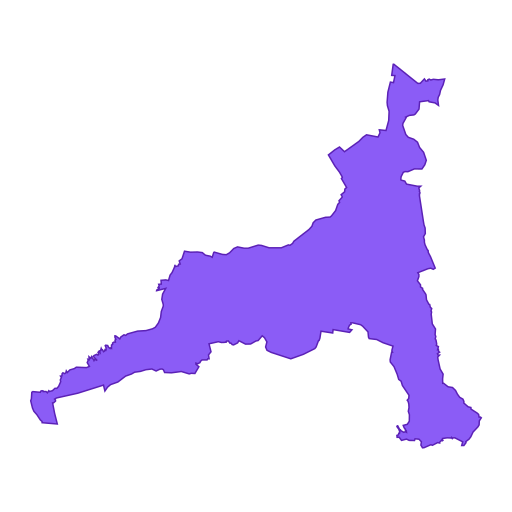 Casin, Bacau, Romania (Mercator projection)
{"feature_id": "2599482B1841621601229", "entity_name": "Casin", "entity_type": "district", "adm_level": 2, "iso_a3": "ROU", "parent_name": "Romania", "parent_adm1": "Bacau", "projection": "mercator", "projection_center": [26.717, 46.195], "detail": "fine", "context": "isolated", "style": "filled", "palette": "violet", "viewbox_px": 512, "rotation_deg": 0, "n_neighbors": 0, "source": "geoboundaries", "source_scale": "gbopen_adm2", "svg_char_len": 6039}
<svg xmlns="http://www.w3.org/2000/svg" viewBox="0 0 512 512"><path d="M481.3,417.8L480.5,417.1L479.1,417.1L478.6,414.4L477.2,413.1L471.0,409.1L470.9,407.5L468.1,406.8L463.8,403.0L463.9,401.4L462.9,399.1L459.7,397.3L457.4,394.1L455.5,390.4L452.5,387.5L448.1,386.8L443.5,383.2L442.7,383.3L442.6,378.9L443.1,374.1L440.1,369.0L438.0,359.4L437.7,357.0L439.5,355.1L438.0,355.0L437.4,353.7L439.6,352.2L438.6,351.3L438.4,349.5L437.6,349.7L438.4,346.6L436.3,345.5L436.7,344.0L436.0,340.1L435.2,338.8L435.8,336.6L435.1,334.6L435.5,329.0L432.3,323.9L431.2,314.2L431.6,312.0L431.0,311.0L431.7,308.5L430.3,307.2L429.7,304.5L428.9,304.3L426.5,299.8L426.0,294.8L425.5,293.8L422.6,289.5L422.6,288.3L420.5,286.9L420.5,284.8L417.4,280.8L418.9,276.6L418.9,274.4L417.8,272.7L428.0,268.7L430.7,268.2L433.3,269.3L435.2,268.1L430.5,256.7L428.3,252.5L428.1,250.4L427.4,249.9L425.0,244.7L424.4,242.2L424.4,240.1L423.5,236.8L425.3,233.6L425.1,228.0L424.0,224.9L423.4,221.4L419.4,195.5L419.6,194.9L419.3,194.0L419.9,193.3L419.9,192.3L419.4,191.6L419.6,190.5L418.8,187.9L420.7,186.2L417.3,186.2L406.5,184.1L404.8,181.1L401.1,180.1L400.8,179.3L401.1,176.7L403.3,172.3L405.0,171.6L407.9,171.7L414.4,168.9L421.9,169.0L424.8,164.8L426.3,160.3L423.6,152.3L419.6,147.5L417.5,142.2L413.7,139.2L408.3,137.3L405.8,134.5L402.7,125.5L402.9,123.5L406.2,117.5L405.7,117.1L409.3,115.4L413.9,114.9L415.3,114.0L419.0,109.1L419.6,101.8L428.5,100.6L429.1,101.8L435.0,102.9L438.5,105.4L437.8,99.9L438.2,97.3L439.6,94.5L440.5,90.4L443.1,84.8L444.7,79.0L438.4,79.8L433.3,79.3L430.8,80.0L429.2,79.1L427.8,79.8L427.9,80.8L426.0,81.2L424.4,78.9L420.3,83.3L417.8,83.4L393.8,64.2L393.2,64.3L391.7,75.4L394.9,75.6L394.8,76.4L393.5,82.6L390.4,82.1L387.9,92.1L387.1,102.2L387.4,105.6L389.1,111.4L388.7,120.5L386.0,130.5L379.3,129.8L380.0,132.8L378.0,137.0L366.5,134.8L362.9,137.3L358.9,141.4L344.5,151.7L339.5,147.0L335.0,149.7L328.4,154.9L334.9,166.0L339.4,172.0L342.1,176.7L342.3,177.6L341.4,178.5L346.6,187.5L344.9,189.0L344.6,191.8L341.1,194.7L342.2,196.6L342.1,197.3L339.0,200.7L339.6,202.4L337.8,204.3L335.6,210.6L331.4,216.0L330.0,217.1L325.5,217.3L315.9,220.0L313.2,222.7L311.9,226.3L309.1,229.4L293.9,241.2L292.6,243.4L290.0,245.3L288.4,244.9L281.3,247.8L269.1,247.8L261.4,245.4L258.2,245.1L248.2,248.2L244.1,248.2L237.5,246.9L233.8,248.5L229.6,252.8L226.3,254.7L222.3,254.4L214.2,252.1L213.7,252.6L212.2,257.3L210.3,256.2L205.4,255.2L202.3,252.6L197.5,252.0L190.6,252.2L184.5,251.2L182.0,258.8L179.2,260.9L180.2,264.0L178.6,264.3L178.4,265.8L175.3,266.6L174.9,264.8L174.8,266.2L174.1,268.1L172.1,272.5L170.1,275.1L168.5,280.5L165.8,279.9L161.0,280.3L161.3,284.1L158.7,284.3L159.2,285.7L158.1,287.5L159.2,287.7L159.2,288.4L156.7,290.1L156.6,290.7L165.7,288.4L162.6,294.1L161.8,299.4L163.2,304.2L163.3,306.0L161.3,311.5L160.6,317.5L158.4,323.0L155.3,327.3L152.5,328.8L146.0,330.6L137.6,331.1L127.5,333.9L125.7,335.4L124.0,334.8L120.8,337.0L119.8,338.9L115.7,335.9L114.9,335.9L115.0,337.6L115.9,339.3L115.0,340.1L115.4,342.1L113.6,342.2L112.6,343.0L112.6,344.4L111.5,345.0L111.5,348.4L110.6,347.9L110.2,348.5L108.5,347.2L107.7,345.5L105.7,345.2L105.2,345.7L106.0,347.5L106.1,349.6L105.8,350.3L105.0,349.7L104.6,351.0L103.6,351.7L102.4,349.7L101.8,349.8L101.2,348.4L100.6,350.5L99.7,350.8L100.0,352.6L98.8,351.4L98.0,352.4L98.6,353.4L98.6,354.6L97.9,355.1L96.7,354.3L93.9,355.6L93.4,356.6L97.2,360.5L94.8,359.3L94.0,360.6L93.3,359.0L92.5,358.6L91.7,356.5L90.6,358.3L89.0,356.8L89.2,359.7L87.9,359.3L88.2,360.2L87.2,362.6L89.4,366.4L86.5,367.6L76.3,367.2L74.3,368.6L69.9,369.9L67.3,372.5L66.3,370.9L65.8,372.9L64.8,373.6L62.9,372.8L62.1,373.7L61.9,375.9L60.5,376.1L61.4,377.5L60.3,379.9L60.7,381.7L58.6,386.4L56.8,388.4L55.0,388.3L52.4,390.7L49.5,391.5L48.8,390.7L47.4,392.8L46.0,391.5L43.3,391.6L43.2,391.0L42.0,390.7L40.7,391.2L40.3,392.3L32.8,391.6L31.8,392.3L31.4,398.7L30.7,400.8L32.5,408.1L33.9,411.3L36.9,414.7L40.3,419.9L42.1,421.5L42.1,422.7L57.3,424.0L54.6,413.3L52.6,402.9L53.6,402.8L55.5,401.1L55.5,400.1L54.6,399.1L56.4,398.0L77.8,393.2L103.5,385.1L104.9,391.0L107.6,387.1L110.6,384.6L117.9,382.0L125.6,376.1L131.5,374.0L134.6,372.2L140.4,371.4L145.9,369.7L151.9,369.0L156.1,371.0L159.9,369.2L162.0,369.0L163.4,369.7L164.6,372.5L171.5,372.8L181.3,371.5L189.2,373.9L191.3,373.3L194.9,373.5L198.9,366.7L195.9,364.2L195.9,363.1L197.8,363.7L200.0,362.6L200.4,361.4L202.1,359.9L207.1,359.9L207.8,358.8L209.1,358.8L208.5,354.9L211.0,351.8L209.0,343.8L218.3,341.7L221.5,342.5L224.2,342.4L226.3,342.1L226.2,341.4L226.7,341.1L228.4,341.0L230.0,343.2L230.9,343.1L232.2,344.6L233.6,344.9L237.6,342.9L238.9,340.7L245.5,344.1L250.6,344.0L255.9,341.0L258.2,340.5L262.2,335.8L264.5,337.7L266.9,341.9L265.6,347.0L267.0,350.3L271.2,352.4L290.8,358.8L303.4,354.3L314.8,348.6L316.1,347.0L318.5,340.6L319.1,340.5L319.9,338.2L321.0,331.2L332.7,333.0L333.1,329.6L349.6,332.4L351.9,329.8L348.1,328.9L348.4,327.7L349.5,325.2L351.1,324.2L350.8,322.9L352.5,322.8L360.6,324.7L362.7,326.2L368.0,331.9L368.5,337.2L369.2,338.6L376.7,339.5L383.0,342.7L393.0,346.1L392.0,349.8L391.9,351.0L392.5,352.2L391.6,352.3L390.1,359.7L390.3,362.0L394.0,366.6L397.2,374.3L398.7,379.4L401.1,381.2L402.4,385.5L409.0,395.3L408.7,398.5L407.2,400.2L408.1,401.4L408.8,404.0L409.0,407.6L408.3,411.3L409.4,414.7L409.3,421.2L407.3,424.3L403.2,425.4L404.2,427.9L405.5,429.3L405.2,429.8L405.6,430.6L406.3,430.8L406.5,432.3L405.4,431.7L403.8,432.3L401.1,430.8L400.4,429.8L399.9,430.0L397.7,425.8L397.3,425.8L396.9,426.6L398.8,429.2L399.8,432.1L399.5,433.3L398.8,433.2L398.3,434.9L396.9,435.4L397.1,437.3L399.2,437.3L401.5,440.4L406.5,439.1L409.2,440.4L414.5,440.5L415.1,438.8L419.0,439.2L421.4,441.8L420.9,445.1L422.5,447.8L424.0,447.7L430.9,444.7L432.4,445.3L437.6,442.6L439.6,443.0L439.5,442.5L441.6,440.1L442.2,440.8L442.9,440.4L442.3,439.4L442.5,438.5L447.2,437.8L451.1,438.0L451.5,437.4L452.3,438.6L453.0,437.9L454.8,437.8L462.7,441.8L461.7,445.5L463.9,445.5L466.0,442.7L465.8,441.6L469.0,439.2L470.8,436.8L473.0,432.1L477.9,426.9L479.1,424.9L479.3,420.9L481.3,417.8Z" fill="#8b5cf6" stroke="#5b21b6" stroke-width="1.5"/></svg>